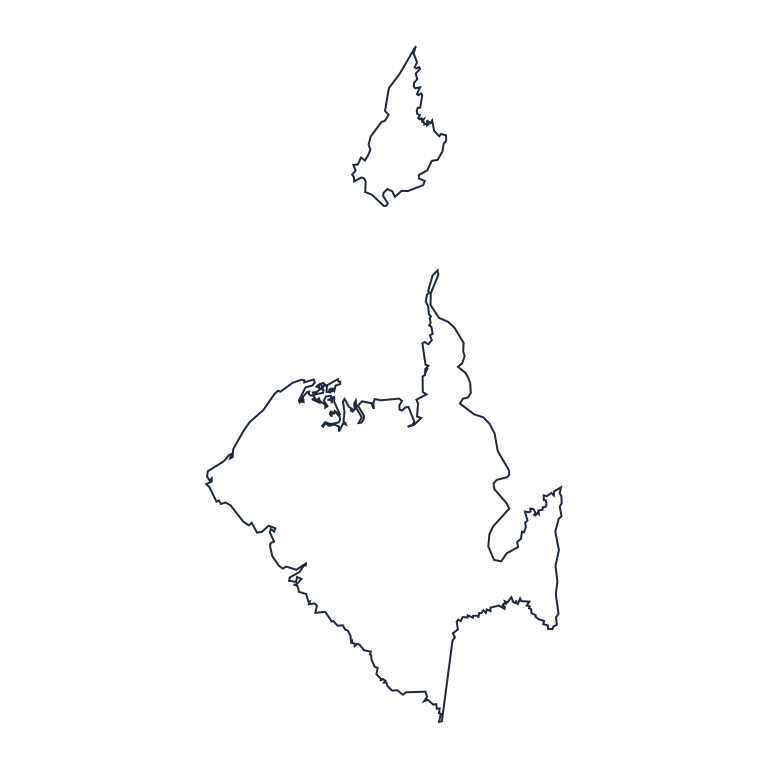 the district of Tumaco, Nariño, Colombia
{"feature_id": "7082276B11470740818947", "entity_name": "Tumaco", "entity_type": "district", "adm_level": 2, "iso_a3": "COL", "parent_name": "Colombia", "parent_adm1": "Nariño", "projection": "robinson", "projection_center": [-78.664, 1.822], "detail": "fine", "context": "isolated", "style": "outline", "palette": "slate", "viewbox_px": 768, "rotation_deg": 0, "n_neighbors": 0, "source": "geoboundaries", "source_scale": "gbopen_adm2", "svg_char_len": 6108}
<svg xmlns="http://www.w3.org/2000/svg" viewBox="0 0 768 768"><path d="M561.0,487.3L554.1,491.4L553.8,495.5L551.4,493.0L546.9,496.2L543.7,495.4L543.8,500.0L545.7,500.3L546.6,504.2L545.7,506.8L542.9,507.2L542.5,509.7L538.4,510.5L538.9,514.2L537.5,513.0L535.3,515.5L534.2,514.7L535.5,513.1L533.5,509.1L530.2,508.7L530.6,511.3L529.2,512.3L524.9,511.6L527.4,520.5L525.1,522.6L525.9,527.1L523.9,532.4L521.9,531.7L521.0,538.8L517.1,542.0L518.1,547.1L506.7,553.3L501.2,561.4L494.1,559.9L488.3,546.5L489.4,534.3L493.1,526.4L509.2,508.7L506.7,503.3L494.4,489.2L493.5,483.5L496.7,479.9L507.2,477.2L509.3,474.5L509.1,470.6L497.7,451.0L494.6,433.5L489.7,424.0L483.3,417.3L474.2,414.4L459.9,403.5L463.0,398.7L468.1,397.4L470.8,393.1L470.2,383.1L467.9,377.1L465.2,372.6L458.0,366.8L462.2,363.3L464.7,355.9L463.2,351.6L463.6,342.8L454.4,327.6L448.0,321.8L438.9,317.8L430.5,304.9L430.8,293.1L438.4,274.9L437.6,270.4L432.6,275.4L428.2,290.8L429.3,292.4L426.9,294.9L425.8,301.6L428.1,306.1L428.9,314.3L430.9,316.4L429.7,318.2L430.7,323.1L429.1,325.4L431.3,326.7L432.7,333.8L429.9,335.3L431.8,340.1L428.4,344.3L424.7,342.0L422.4,343.3L425.5,364.7L428.4,365.7L426.0,368.4L427.3,368.8L425.9,371.8L425.2,370.8L425.0,374.9L422.6,376.5L422.8,392.0L426.5,394.4L416.4,399.7L418.1,403.6L417.0,416.4L421.2,418.0L413.9,424.9L407.6,426.9L412.9,424.4L414.2,421.5L408.5,407.0L405.6,407.3L402.0,410.6L399.5,409.6L399.4,405.2L402.1,401.0L399.1,398.6L381.0,400.3L374.7,399.1L373.3,402.8L373.8,408.8L371.3,403.2L362.0,401.3L358.0,405.7L364.0,416.0L363.7,419.1L361.5,422.6L358.6,423.0L361.8,417.4L356.6,408.6L355.8,400.6L354.1,403.8L354.8,409.1L352.6,411.6L350.1,410.2L352.2,410.3L352.1,409.0L349.1,407.0L344.5,399.0L343.0,401.6L344.5,412.3L343.5,421.7L345.4,423.1L345.9,424.5L343.3,423.2L339.0,431.5L338.9,426.6L334.4,424.6L329.2,425.8L325.4,423.3L323.1,426.7L322.2,426.0L325.2,422.2L330.6,424.1L338.5,422.5L340.1,419.9L339.7,416.7L334.9,411.5L334.0,413.6L332.0,413.1L330.8,412.1L330.3,413.8L331.3,413.7L331.6,414.1L331.7,416.6L330.1,413.8L330.4,412.3L331.1,411.6L334.0,413.2L334.7,411.0L340.2,415.3L334.3,401.9L334.2,396.9L332.2,397.6L331.8,403.3L331.2,399.7L327.5,400.0L331.1,398.8L330.9,395.9L326.0,396.5L323.9,400.6L327.5,406.3L325.3,407.7L325.2,404.6L319.8,400.9L318.9,398.3L316.7,400.1L320.8,403.2L311.8,399.2L315.5,399.0L313.7,396.4L314.5,394.4L323.0,392.9L323.5,390.0L322.1,389.5L324.1,385.2L327.0,386.4L326.5,391.9L329.9,392.3L329.2,390.2L329.9,390.0L330.3,391.9L331.9,390.5L332.4,392.0L332.7,390.3L330.7,389.8L330.4,389.0L332.8,388.4L334.3,390.9L335.6,385.6L340.2,384.0L340.2,381.7L338.4,381.4L337.9,379.2L326.3,385.7L323.1,383.0L319.5,384.1L315.7,387.3L317.0,386.6L319.3,388.1L320.3,388.0L318.9,387.6L319.2,385.1L321.2,384.3L322.2,387.5L316.5,392.1L312.9,392.5L314.1,395.1L310.9,395.6L308.8,394.1L309.2,391.6L307.1,392.1L302.9,397.0L303.6,402.0L302.0,401.8L301.6,399.4L299.7,402.5L298.9,400.6L305.5,387.4L312.5,385.4L314.8,382.4L313.7,379.4L304.3,382.4L304.3,380.3L301.3,379.8L292.5,382.9L280.4,391.7L278.0,390.8L274.7,393.7L263.3,410.1L249.6,422.2L243.7,430.6L233.2,449.1L232.6,457.2L230.1,458.4L231.7,453.9L229.2,454.9L223.7,461.3L207.9,471.2L207.0,476.5L209.6,480.5L211.7,478.4L211.8,481.4L206.3,484.1L209.3,487.0L216.5,501.7L218.9,500.5L221.0,503.9L225.5,502.5L230.5,505.3L243.4,521.8L248.8,525.4L251.7,522.8L257.0,532.5L261.5,532.1L268.6,525.8L275.4,528.3L274.2,531.6L270.7,529.0L269.8,532.5L274.1,541.5L270.5,543.2L270.1,546.6L272.3,556.1L278.8,565.7L282.7,568.6L286.2,566.6L296.4,569.8L305.9,563.4L305.8,565.5L303.8,565.5L299.7,571.9L289.7,577.5L289.1,580.8L296.0,581.9L297.1,577.0L301.4,579.0L296.6,584.4L293.7,584.7L297.5,585.9L299.0,591.9L306.1,593.9L308.6,602.0L309.8,601.5L308.9,604.2L314.7,603.5L316.9,605.5L315.4,612.8L325.2,611.9L331.8,621.5L333.4,621.1L337.6,625.8L342.8,625.3L345.2,629.6L347.8,630.7L350.5,635.6L351.1,641.9L352.0,640.8L352.3,643.0L354.6,643.6L354.7,646.0L356.9,643.8L359.3,644.5L364.1,650.2L370.8,651.6L370.0,654.6L371.3,655.4L371.4,659.3L374.5,666.6L377.7,667.9L376.4,674.2L381.3,679.2L380.3,680.9L382.6,679.0L385.3,680.6L383.9,682.6L386.5,682.6L387.3,685.9L392.2,690.7L397.3,690.2L402.8,694.7L406.2,692.3L425.5,691.7L427.1,696.9L424.1,701.2L427.9,699.8L433.3,704.6L436.2,704.1L436.9,708.7L439.6,708.4L439.0,713.2L440.9,713.7L439.0,721.9L441.9,721.2L452.5,640.7L454.9,637.4L452.9,633.4L457.9,629.4L456.7,621.8L458.2,619.6L460.7,621.1L462.7,617.1L467.7,617.4L467.8,615.4L473.0,617.6L473.1,615.8L477.8,615.7L478.4,617.6L479.2,613.0L481.3,613.1L483.4,610.3L485.8,612.9L486.8,609.5L490.5,611.1L490.5,607.6L498.7,605.6L504.6,608.8L504.9,606.7L502.6,605.6L503.6,603.6L505.9,603.7L504.9,601.3L507.5,602.3L511.4,597.2L513.3,602.1L515.2,603.0L516.6,600.5L516.0,602.8L517.9,604.0L520.1,598.5L521.3,601.2L529.4,601.6L526.7,605.5L529.8,606.5L529.1,608.3L531.1,609.2L531.5,613.1L535.6,615.1L535.5,616.8L538.5,619.2L544.1,621.0L543.3,624.1L547.8,625.5L548.1,628.9L552.4,629.1L553.5,626.4L556.8,624.8L556.0,617.4L558.5,613.8L555.8,594.2L557.4,581.3L555.5,566.0L558.9,550.1L555.3,531.5L558.7,518.9L561.5,516.2L559.8,506.6L561.7,503.1L561.4,496.2L559.7,493.2L561.0,487.3ZM417.0,62.3L413.5,53.1L415.9,46.1L399.5,74.1L388.9,88.1L385.0,110.9L388.5,114.7L384.8,121.0L381.6,121.8L370.7,136.5L368.6,144.4L370.4,149.7L368.0,155.4L364.9,160.5L361.0,157.5L357.9,164.5L353.4,164.9L355.6,170.6L352.1,174.6L354.0,177.3L354.1,181.4L361.5,177.5L364.2,178.5L365.7,181.9L365.2,192.0L371.9,194.7L383.9,206.0L386.5,205.7L387.8,203.5L383.2,196.1L383.4,193.1L387.3,189.0L392.3,191.4L394.9,196.9L401.5,190.9L408.1,191.0L423.2,185.1L424.8,181.0L419.0,178.5L418.8,175.0L427.2,170.4L431.8,160.8L437.6,159.9L442.5,151.3L443.7,143.5L446.2,141.0L446.0,135.3L441.0,134.0L439.3,136.2L434.2,131.0L432.1,120.5L430.5,123.1L426.6,120.4L428.5,124.0L426.9,125.4L426.6,123.5L424.3,124.5L424.2,122.4L422.5,122.0L423.9,118.9L421.9,120.0L421.4,118.3L419.4,119.2L418.3,117.9L419.9,115.1L417.1,113.7L416.8,110.8L417.8,107.7L420.2,107.7L422.2,95.2L421.0,93.4L418.5,95.2L416.9,94.1L420.1,87.3L415.3,88.3L413.8,86.5L414.0,82.9L417.2,79.3L415.8,73.5L420.1,68.7L419.1,67.2L416.3,68.4L414.7,67.2L417.0,62.3Z" fill="none" stroke="#1e293b" stroke-width="2"/></svg>